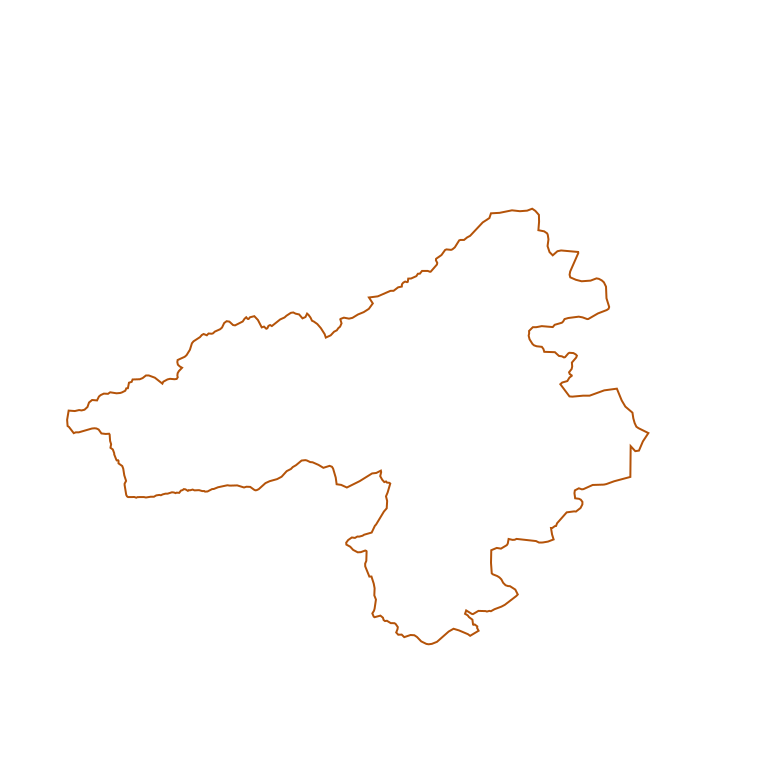 the district of Ba Thuoc, Thanh Hóa, Vietnam, rotated 300°
{"feature_id": "81297802B10763760406842", "entity_name": "Ba Thuoc", "entity_type": "district", "adm_level": 2, "iso_a3": "VNM", "parent_name": "Vietnam", "parent_adm1": "Thanh Hóa", "projection": "albers", "projection_center": [105.214, 20.379], "detail": "fine", "context": "isolated", "style": "outline", "palette": "amber", "viewbox_px": 768, "rotation_deg": 300, "n_neighbors": 0, "source": "geoboundaries", "source_scale": "gbopen_adm2", "svg_char_len": 6166}
<svg xmlns="http://www.w3.org/2000/svg" viewBox="0 0 768 768"><g transform="rotate(300 384 384)"><path d="M220.5,137.8L215.8,138.7L212.0,137.5L209.9,135.3L209.0,133.0L206.0,129.8L203.3,124.2L194.5,127.5L189.4,131.0L189.3,132.6L186.3,139.9L188.0,141.2L189.5,143.8L199.4,153.3L200.9,155.4L201.7,157.2L201.9,159.6L199.9,164.0L201.6,168.0L203.5,170.8L203.0,171.7L197.7,175.3L195.4,177.8L192.0,179.0L191.7,181.9L189.2,184.9L188.1,185.6L184.6,190.0L184.2,190.7L185.0,191.8L184.7,192.5L182.5,193.8L182.1,198.3L180.3,200.5L175.1,204.7L171.1,209.1L168.0,209.2L166.9,209.8L159.1,216.2L158.2,217.6L158.1,218.9L161.3,224.3L161.7,226.3L162.8,227.1L166.0,232.5L166.7,234.6L169.7,238.3L171.3,241.1L173.7,242.5L175.6,244.9L176.1,246.4L177.7,247.5L179.7,249.5L180.9,251.5L184.2,254.5L185.0,256.3L185.3,258.1L186.2,258.7L187.4,261.1L190.1,261.4L191.4,262.6L192.9,263.2L193.5,264.8L193.4,267.6L194.4,267.9L194.9,269.1L196.9,271.1L197.1,273.0L199.6,276.9L200.4,280.2L201.4,281.8L201.3,282.8L202.7,284.9L207.1,287.7L207.9,289.0L211.6,291.9L218.0,299.0L218.9,301.3L222.8,307.6L224.4,314.5L226.3,316.3L228.0,319.6L227.5,324.4L227.6,325.7L228.4,326.8L230.3,328.1L238.9,330.9L242.7,333.6L248.2,339.0L252.5,341.7L259.9,343.3L263.9,345.9L266.4,346.5L269.7,348.4L276.5,350.9L278.7,353.9L279.2,355.4L279.5,359.2L280.5,361.3L281.2,367.7L281.1,373.4L285.9,377.8L286.3,380.3L285.3,382.2L278.8,389.0L273.5,393.1L275.2,397.3L275.8,403.6L287.7,411.5L300.6,418.4L303.1,421.8L307.4,424.6L306.3,425.6L302.3,426.8L300.2,430.3L299.2,433.3L300.6,434.5L300.1,435.8L301.1,438.1L300.9,439.2L291.8,441.4L287.7,441.9L284.3,445.2L277.7,448.5L273.5,447.7L258.3,447.4L256.7,447.0L249.2,447.6L243.5,442.1L241.9,441.3L239.4,438.8L238.6,437.2L236.2,435.8L235.0,432.9L231.0,431.0L227.7,430.6L226.1,431.7L226.2,436.1L224.9,440.2L225.1,445.4L226.8,448.0L230.4,451.0L230.6,452.2L230.2,452.7L222.0,457.1L219.0,457.5L216.7,458.9L209.9,467.6L211.0,469.4L206.0,474.9L202.4,478.0L196.1,481.3L193.3,484.8L184.7,488.2L182.6,488.7L179.5,488.6L177.4,491.4L177.3,492.4L181.6,496.7L181.1,499.9L179.4,501.7L179.2,503.4L180.4,504.9L180.3,509.4L182.1,512.7L182.0,514.1L180.4,517.5L178.4,518.3L174.9,518.8L174.0,521.7L175.8,524.6L174.9,528.1L179.9,532.5L181.6,535.9L181.4,539.1L179.7,544.9L180.1,550.6L180.9,552.8L182.9,555.4L187.2,558.8L202.0,563.8L206.8,566.6L208.1,572.1L209.3,581.8L209.0,584.5L217.6,589.3L219.3,586.6L220.7,586.0L221.1,582.8L220.3,582.1L220.2,581.4L224.1,578.4L224.6,574.2L225.5,572.1L225.5,569.1L229.0,568.4L228.8,575.0L229.2,576.1L234.7,579.2L238.1,585.5L238.4,586.9L240.2,588.7L240.7,590.2L244.2,592.3L249.9,597.0L253.1,599.0L266.6,604.6L268.6,605.1L271.6,600.5L271.9,594.2L271.0,592.4L270.5,589.9L271.4,586.6L273.5,583.3L274.2,580.7L274.3,578.1L273.6,573.4L273.9,572.0L282.6,566.1L293.7,560.0L298.4,563.6L299.9,567.6L305.8,570.9L307.6,571.0L312.1,569.4L313.3,573.3L314.5,575.1L316.1,576.2L324.0,594.2L324.2,597.5L326.1,600.7L329.5,604.8L334.2,608.6L337.7,604.8L342.8,600.6L343.4,601.7L346.3,603.0L347.1,604.0L349.9,603.5L364.2,606.4L368.8,612.4L369.5,614.0L374.9,616.2L378.9,616.0L381.1,614.8L382.2,612.3L382.1,610.3L380.6,606.7L384.7,603.5L387.3,602.5L391.1,604.9L391.7,608.0L392.7,609.3L400.9,615.2L406.8,624.7L408.5,626.6L414.8,631.9L426.7,643.8L453.5,628.7L451.5,635.2L453.8,638.1L463.8,636.9L473.7,637.5L473.0,626.4L473.2,623.9L475.5,620.6L478.9,617.1L483.4,613.5L485.1,604.3L488.6,598.1L496.4,588.0L488.6,577.9L476.7,567.9L473.4,562.2L467.2,553.4L466.0,550.8L472.0,536.8L474.4,537.6L478.2,541.3L482.3,541.4L484.9,542.5L485.3,542.3L485.5,539.9L486.7,538.4L490.8,539.0L493.3,538.2L496.5,536.0L503.0,537.2L505.0,536.9L505.5,535.3L505.5,532.6L503.7,528.9L502.6,528.3L497.8,527.4L497.0,526.6L496.9,524.2L495.8,521.5L497.0,516.1L492.0,506.7L494.0,504.6L495.1,502.1L493.0,497.3L492.5,494.6L492.9,492.6L495.5,487.7L498.2,485.1L500.4,484.4L502.5,483.1L507.6,484.5L509.3,487.4L513.0,491.7L517.7,501.7L520.6,502.2L526.0,507.4L527.7,507.9L530.5,507.9L533.3,510.6L539.7,519.0L541.0,522.7L541.8,527.4L542.4,528.4L552.1,534.0L559.4,539.9L561.4,540.9L563.3,540.5L569.5,533.8L579.3,527.6L582.0,523.6L582.6,520.8L582.5,517.5L581.7,515.2L576.8,511.2L571.8,503.8L570.2,498.1L569.5,492.0L571.4,490.1L574.5,489.0L594.5,486.8L595.4,486.1L588.2,470.6L585.7,467.8L579.8,465.8L581.0,461.4L585.2,456.7L591.5,454.1L595.0,451.3L596.0,450.0L596.3,446.4L594.4,440.8L602.0,437.2L607.9,433.6L609.6,428.5L609.9,424.7L605.7,421.3L601.6,415.3L598.4,408.0L590.0,398.5L585.3,391.3L580.4,392.3L573.3,388.7L555.4,384.5L552.5,382.7L548.8,381.3L547.1,378.3L546.0,377.3L537.7,377.0L534.8,375.9L533.7,375.0L531.8,370.8L530.6,369.9L524.4,369.3L518.5,366.5L517.1,367.1L515.5,369.6L513.9,370.1L504.7,368.3L504.2,367.8L503.8,365.4L500.9,360.4L497.5,359.9L496.4,358.2L493.6,358.1L488.9,354.7L487.4,352.3L484.4,353.5L483.7,353.0L483.3,351.1L481.4,350.0L479.3,349.7L477.3,350.7L474.8,347.9L469.5,345.7L467.9,343.0L456.8,334.8L451.4,327.7L448.2,334.0L441.5,333.3L436.1,330.5L431.2,326.7L425.5,323.6L423.1,321.0L421.4,316.1L418.6,313.8L418.2,313.8L415.3,316.9L411.7,317.3L409.5,316.5L406.9,316.3L404.3,314.6L399.5,313.5L395.1,310.4L397.5,307.7L400.8,301.4L402.6,296.3L403.0,291.9L402.8,290.0L404.8,287.1L406.1,284.1L406.5,282.2L402.7,282.5L400.1,280.6L401.8,275.7L400.7,272.2L400.6,269.7L399.1,267.8L394.4,265.4L391.9,264.6L388.0,261.8L378.1,257.9L378.1,255.9L376.6,254.9L373.9,255.1L373.0,254.4L373.7,251.4L371.9,249.8L376.4,242.8L377.9,237.8L374.8,234.6L372.6,234.2L372.2,233.3L372.9,231.3L370.7,230.6L367.5,230.4L360.3,225.7L359.6,223.8L360.7,218.9L359.7,216.3L356.9,215.1L351.9,215.5L349.5,214.7L344.8,211.3L342.4,210.6L341.4,209.7L340.0,206.8L337.6,206.2L337.1,202.8L335.3,201.7L332.6,201.2L325.7,197.7L323.2,197.3L316.6,198.8L310.3,198.6L307.9,197.8L301.6,193.3L299.7,194.0L297.7,195.8L297.1,198.3L297.1,201.0L292.6,199.9L290.2,199.9L288.0,200.8L286.7,202.0L284.7,201.9L283.4,200.2L281.5,196.1L279.7,194.2L275.6,191.7L273.5,191.9L274.9,182.4L273.8,176.1L272.4,173.6L268.4,172.0L266.0,170.1L262.2,164.0L259.7,164.4L257.6,162.5L252.3,164.3L251.4,163.0L248.8,163.3L245.6,161.2L244.3,160.0L242.2,157.0L239.9,151.0L237.5,149.9L235.6,146.2L232.8,144.2L230.6,143.4L226.3,143.7L224.2,139.2L220.5,137.8Z" fill="none" stroke="#b45309" stroke-width="2"/></g></svg>